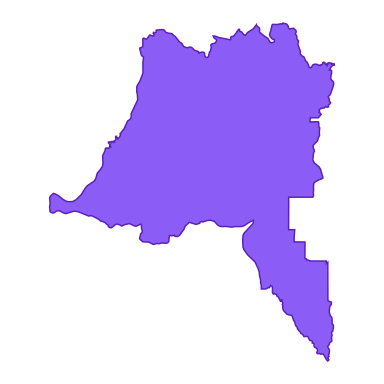 Batang Hari, Jambi, Indonesia (Robinson projection)
{"feature_id": "22746128B80000441774097", "entity_name": "Batang Hari", "entity_type": "district", "adm_level": 2, "iso_a3": "IDN", "parent_name": "Indonesia", "parent_adm1": "Jambi", "projection": "robinson", "projection_center": [103.186, -1.853], "detail": "fine", "context": "isolated", "style": "filled", "palette": "violet", "viewbox_px": 384, "rotation_deg": 0, "n_neighbors": 0, "source": "geoboundaries", "source_scale": "gbopen_adm2", "svg_char_len": 5917}
<svg xmlns="http://www.w3.org/2000/svg" viewBox="0 0 384 384"><path d="M331.4,302.1L328.2,301.0L327.9,299.7L327.8,262.2L326.4,263.4L326.3,261.0L311.5,261.0L309.4,260.7L308.2,260.1L306.6,260.1L306.5,258.9L304.9,258.4L305.0,242.0L294.1,241.9L294.1,238.5L294.7,229.7L288.6,229.7L288.7,197.2L312.7,197.2L313.3,196.4L313.6,195.4L313.3,192.7L313.6,190.7L313.5,185.6L314.0,183.0L315.3,181.8L318.5,180.0L322.7,178.4L322.9,177.6L320.6,169.5L319.1,166.9L314.4,163.0L312.8,159.9L313.5,153.6L313.9,152.0L314.3,151.5L314.1,149.7L313.1,147.4L313.4,145.0L317.5,140.9L318.3,137.8L319.5,135.7L319.3,132.0L319.7,128.5L319.6,127.6L318.8,126.7L318.8,123.7L318.4,121.8L310.0,121.9L309.9,120.7L310.5,117.8L318.3,117.8L321.2,114.3L319.8,112.7L319.0,112.4L319.6,111.3L319.1,110.3L319.3,109.9L320.4,108.7L324.5,107.8L325.6,106.6L327.1,107.3L328.6,106.8L328.4,105.1L329.4,104.4L330.6,102.9L330.4,102.3L329.3,101.2L329.4,99.6L328.2,96.4L329.8,95.2L330.8,93.2L333.5,85.3L333.7,83.3L333.2,81.5L331.8,80.4L330.8,78.7L330.9,75.6L331.6,73.4L331.6,70.7L330.9,70.0L329.4,69.9L331.3,66.7L332.5,65.6L334.4,65.0L334.2,63.9L332.4,63.7L331.8,64.0L331.6,63.2L330.9,63.4L329.3,62.6L327.6,63.2L327.8,64.2L327.2,65.4L326.9,63.9L325.9,64.1L325.5,64.5L324.8,62.7L324.3,62.6L324.1,63.1L324.0,62.3L323.6,62.2L322.9,62.6L322.5,63.8L321.3,65.0L320.2,64.9L320.1,65.4L318.7,65.3L317.1,64.3L314.3,64.2L312.7,65.0L311.4,67.4L310.5,67.7L309.1,67.2L308.3,64.5L306.8,61.8L305.6,60.9L304.0,57.0L302.3,56.1L300.2,54.0L300.4,51.4L297.9,44.5L298.5,40.8L297.0,39.2L296.8,36.1L295.3,33.7L296.2,32.1L295.9,30.4L293.7,28.3L291.4,28.5L290.0,29.2L288.6,28.1L288.1,26.0L287.0,24.4L285.7,23.7L284.5,23.7L283.2,23.0L282.9,23.0L282.3,24.0L280.6,23.8L277.4,24.5L272.6,24.4L272.0,25.1L270.7,31.0L269.6,33.9L269.6,35.0L269.9,36.0L271.0,37.6L272.4,39.1L274.2,39.5L274.5,40.5L274.2,41.8L272.0,42.8L270.7,42.7L269.5,41.4L267.9,38.4L264.5,36.2L259.9,32.5L259.3,31.1L259.7,30.1L259.5,28.1L256.3,25.3L256.3,24.9L253.2,28.9L247.4,32.6L245.9,34.7L245.1,35.3L243.7,34.5L241.7,32.0L239.6,31.1L239.5,29.3L238.8,29.3L237.2,31.2L236.0,33.3L233.4,36.2L231.5,36.6L231.0,37.0L230.7,37.5L230.8,39.1L230.4,39.8L218.8,37.5L214.8,36.0L213.2,36.0L214.3,38.3L216.2,39.4L216.5,40.2L216.5,41.2L215.0,43.1L211.5,44.1L210.8,45.2L211.3,47.5L210.7,49.4L210.6,51.0L209.5,52.0L208.3,56.9L207.1,57.4L205.9,57.3L204.8,55.9L204.5,53.0L203.8,52.3L201.7,52.1L198.9,53.1L198.5,52.6L198.5,51.6L194.5,50.2L192.0,47.7L190.0,47.0L187.1,47.8L184.0,46.7L183.3,46.0L181.9,43.4L179.5,41.9L175.4,36.7L173.5,35.3L172.0,33.6L168.0,33.1L166.1,32.4L163.7,29.7L161.5,29.6L156.2,30.1L156.2,32.1L155.1,32.8L153.6,32.3L153.2,33.2L154.1,35.0L153.9,35.8L153.3,36.2L150.2,35.0L149.4,35.2L147.6,38.0L146.4,39.1L145.6,39.1L143.9,38.1L142.8,38.7L142.9,46.0L141.8,47.5L140.2,47.7L139.7,48.6L141.3,55.0L141.9,55.9L143.0,56.5L143.5,57.5L142.9,62.6L143.0,73.0L139.9,81.2L137.6,84.8L136.8,86.7L136.8,92.4L137.3,93.8L137.7,99.8L131.2,113.6L131.2,116.5L130.8,118.2L129.9,119.5L127.6,121.0L123.8,129.3L121.3,132.1L121.1,133.1L120.1,133.6L120.3,135.6L118.9,137.9L117.8,138.9L117.5,138.8L117.3,137.7L116.5,137.5L116.5,136.3L115.9,136.3L115.5,137.1L116.0,139.3L114.6,140.9L114.5,142.1L114.2,142.1L113.7,141.3L112.9,142.2L112.0,141.4L111.2,142.5L110.4,141.8L108.4,142.1L108.4,142.8L110.2,145.0L110.7,146.7L109.6,146.0L109.3,147.6L108.6,148.3L106.1,147.9L105.3,148.7L105.3,150.0L102.7,155.7L103.0,163.0L102.7,165.4L102.0,167.1L100.0,170.0L97.3,173.1L95.8,178.5L94.2,181.1L87.1,185.9L84.9,188.7L81.5,194.4L76.1,199.7L72.5,201.6L68.7,201.7L66.0,201.2L62.7,199.1L58.4,195.6L54.8,193.8L53.4,193.4L50.2,196.4L49.6,198.0L50.2,204.5L49.8,205.1L49.6,207.1L50.1,211.8L52.4,213.0L54.0,212.8L56.8,210.9L59.2,210.7L64.1,213.2L65.8,213.6L74.0,211.2L76.8,211.4L79.2,212.1L88.9,216.1L90.5,215.6L92.4,216.0L98.8,219.3L100.5,221.0L102.7,221.5L105.5,222.9L106.0,223.7L108.1,225.1L108.4,226.7L110.0,227.7L111.1,227.8L112.7,226.9L114.7,225.1L116.2,224.2L117.3,224.1L119.7,224.8L121.5,226.0L122.6,225.7L124.6,224.6L129.4,223.6L135.2,226.2L136.7,226.0L140.5,224.2L141.1,224.4L141.4,225.2L141.5,228.0L142.3,230.9L142.0,232.5L140.7,233.8L139.5,238.8L142.8,241.8L148.9,242.1L153.4,244.5L157.2,243.4L159.0,243.8L161.5,243.0L166.2,243.2L167.2,243.0L168.7,241.8L169.3,236.2L170.1,235.3L171.6,235.8L174.3,235.3L174.9,236.4L177.6,236.5L179.5,235.4L183.9,229.4L185.1,226.3L189.3,222.3L196.0,224.4L199.7,223.3L200.0,222.2L201.2,221.6L203.1,222.0L204.5,221.3L207.8,220.4L210.7,220.3L214.4,221.4L217.4,224.8L218.9,225.8L220.2,226.3L222.2,226.6L225.5,226.4L232.0,227.1L234.8,226.6L241.8,226.5L244.1,225.7L248.4,222.8L253.3,220.3L253.4,222.4L252.8,223.7L244.0,233.3L243.1,235.1L242.7,240.3L243.0,247.1L243.9,249.6L247.5,254.7L255.0,261.9L258.1,268.5L259.2,271.9L259.5,275.8L260.7,280.2L260.5,282.3L261.3,285.4L261.3,289.0L266.0,288.9L268.5,287.5L269.5,287.6L270.6,285.5L272.1,286.3L272.5,287.9L272.4,292.1L272.9,293.6L273.7,294.1L274.2,293.5L276.4,294.4L277.0,296.1L278.2,296.9L280.6,301.4L280.9,301.4L281.4,299.8L282.0,300.0L281.9,301.0L282.9,303.2L282.3,304.4L282.6,304.7L282.8,308.5L283.6,310.6L286.7,314.0L288.5,314.8L291.3,315.3L292.1,315.9L293.7,320.6L294.8,322.0L295.4,325.0L295.8,325.3L296.1,326.2L296.9,326.7L297.5,328.8L298.5,330.4L300.3,332.0L300.9,333.5L302.6,334.3L303.9,336.6L307.2,336.4L308.1,336.8L308.7,338.6L309.9,340.5L311.9,340.7L312.3,341.7L312.3,343.1L313.4,343.2L314.1,344.1L313.9,345.4L314.3,346.6L314.8,347.3L316.6,348.2L317.3,349.3L317.6,350.6L316.8,352.4L316.9,353.2L317.7,353.7L319.6,353.5L320.4,354.1L323.3,354.0L326.9,360.3L327.8,361.0L328.7,360.2L328.6,359.4L327.8,357.6L329.0,356.5L328.4,355.1L329.0,354.1L329.5,350.7L329.1,349.3L327.9,347.2L327.8,346.5L327.9,345.9L329.2,344.7L329.8,342.5L331.2,341.7L331.8,341.0L331.5,337.3L332.1,335.1L331.5,333.0L331.9,331.8L332.8,331.1L333.5,327.0L333.4,325.3L331.9,323.1L332.2,321.4L331.8,317.4L330.6,316.1L329.9,314.5L329.2,311.6L329.8,306.5L331.3,304.5L331.4,302.1Z" fill="#8b5cf6" stroke="#5b21b6" stroke-width="1.5"/></svg>